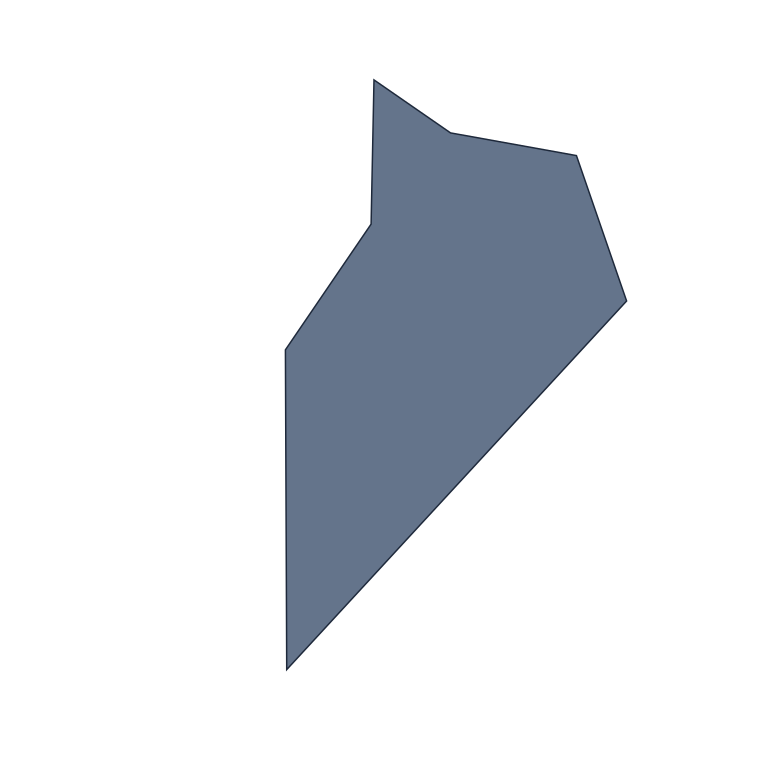 the District of North Hill, rotated 121°
{"feature_id": "AIA-5118", "entity_name": "North Hill", "entity_type": "District", "adm_level": 1, "iso_a3": "AIA", "parent_name": "Anguilla", "parent_adm1": "", "projection": "robinson", "projection_center": [-63.07, 18.224], "detail": "fine", "context": "isolated", "style": "filled", "palette": "slate", "viewbox_px": 768, "rotation_deg": 121, "n_neighbors": 0, "source": "natural_earth", "source_scale": "10m", "svg_char_len": 265}
<svg xmlns="http://www.w3.org/2000/svg" viewBox="0 0 768 768"><g transform="rotate(121 384 384)"><path d="M89.1,336.7L187.9,218.8L678.9,320.3L405.5,486.1L253.6,477.4L128.5,549.2L134.5,456.3L89.1,336.7Z" fill="#64748b" stroke="#1e293b" stroke-width="1.5"/></g></svg>